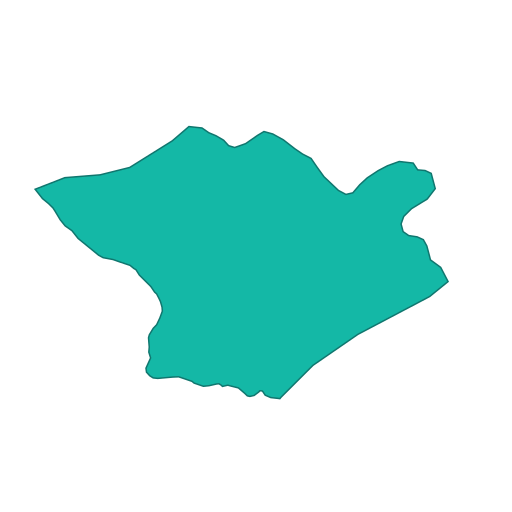 Mayo-Sava, Extrême-Nord, Cameroon, rotated 253°
{"feature_id": "32672807B4790524999002", "entity_name": "Mayo-Sava", "entity_type": "district", "adm_level": 2, "iso_a3": "CMR", "parent_name": "Cameroon", "parent_adm1": "Extrême-Nord", "projection": "robinson", "projection_center": [14.142, 11.061], "detail": "fine", "context": "isolated", "style": "filled", "palette": "teal", "viewbox_px": 512, "rotation_deg": 253, "n_neighbors": 0, "source": "geoboundaries", "source_scale": "gbopen_adm2", "svg_char_len": 1588}
<svg xmlns="http://www.w3.org/2000/svg" viewBox="0 0 512 512"><g transform="rotate(253 256 256)"><path d="M399.4,229.7L390.6,209.6L389.3,204.8L377.6,161.1L379.2,130.6L386.8,96.1L384.4,64.3L373.3,68.6L367.0,72.8L361.3,75.9L357.4,77.0L347.8,79.4L340.6,82.3L334.0,87.4L324.8,91.0L312.1,99.5L302.8,105.7L299.1,109.3L294.4,118.3L290.3,123.8L283.9,132.8L279.7,135.6L278.0,137.2L271.8,138.9L257.6,146.5L251.1,148.5L248.8,149.9L243.9,150.8L240.3,151.3L234.5,151.2L230.6,150.3L224.8,145.9L219.3,140.9L216.9,136.6L211.9,131.0L209.2,129.3L200.2,127.3L195.4,125.4L189.3,125.4L180.9,118.0L176.9,117.3L172.5,119.4L169.5,122.0L167.7,126.2L164.6,140.9L163.1,146.7L158.8,152.7L154.8,158.2L152.6,159.6L146.8,167.6L145.7,173.2L145.1,181.2L144.6,183.3L142.7,184.9L141.1,185.8L140.7,191.3L139.7,192.8L138.6,194.6L135.0,200.6L127.9,205.1L124.8,206.8L123.5,209.1L123.2,213.5L125.2,219.0L126.0,220.2L125.3,222.2L124.6,222.8L120.2,224.1L116.3,228.7L113.5,235.2L112.6,237.1L113.6,238.6L134.8,278.5L151.3,330.6L166.5,410.3L175.4,432.2L191.1,429.3L201.3,421.7L205.2,421.9L215.6,422.3L222.7,420.8L227.2,415.7L230.9,408.0L236.3,403.8L244.2,404.1L250.6,408.8L255.8,418.6L260.4,436.4L268.0,447.1L283.8,447.7L288.3,442.7L291.1,435.8L298.9,433.5L304.5,420.6L303.9,408.3L301.9,397.7L298.2,385.2L293.9,376.2L288.1,367.1L288.6,360.0L294.6,354.0L311.9,344.2L323.3,340.3L333.2,337.2L339.8,330.4L347.2,324.5L359.0,316.2L367.8,307.7L372.7,300.0L370.9,292.7L366.5,279.0L366.2,272.7L366.0,267.3L369.5,262.1L376.2,258.9L382.7,252.9L387.7,246.9L394.2,241.8L399.4,229.7Z" fill="#14b8a6" stroke="#0f766e" stroke-width="1.5"/></g></svg>